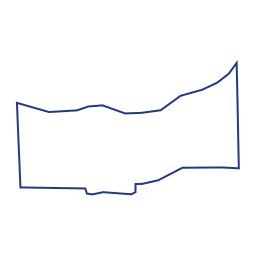 Seneca, New York, United States of America, rotated 271°
{"feature_id": "52423323B61802346265036", "entity_name": "Seneca", "entity_type": "district", "adm_level": 2, "iso_a3": "USA", "parent_name": "United States of America", "parent_adm1": "New York", "projection": "orthographic", "projection_center": [-76.822, 42.783], "detail": "fine", "context": "isolated", "style": "outline", "palette": "blue", "viewbox_px": 256, "rotation_deg": 271, "n_neighbors": 0, "source": "geoboundaries", "source_scale": "gbopen_adm2", "svg_char_len": 479}
<svg xmlns="http://www.w3.org/2000/svg" viewBox="0 0 256 256"><g transform="rotate(271 128 128)"><path d="M66.7,21.5L66.8,86.3L61.7,88.1L61.0,93.6L63.4,104.4L61.8,132.4L64.0,136.6L72.1,136.5L72.4,143.3L76.2,159.0L89.2,183.1L90.2,222.3L89.6,239.5L157.4,237.0L195.0,235.5L184.0,227.8L174.8,216.3L167.6,201.6L161.1,180.0L146.3,160.3L143.4,141.3L142.5,124.9L150.2,102.1L148.8,87.9L144.7,76.5L142.6,48.7L151.2,16.5L66.7,21.5Z" fill="none" stroke="#1e3a8a" stroke-width="2"/></g></svg>